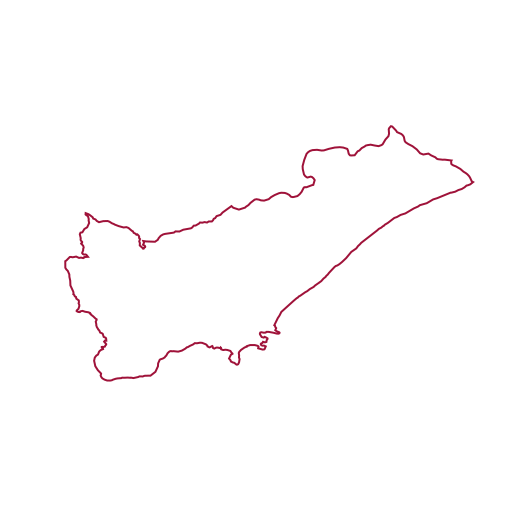 Quepos, Puntarenas, Costa Rica (Equal Earth projection), rotated 291°
{"feature_id": "36466004B16992586441876", "entity_name": "Quepos", "entity_type": "district", "adm_level": 2, "iso_a3": "CRI", "parent_name": "Costa Rica", "parent_adm1": "Puntarenas", "projection": "equal_earth", "projection_center": [-84.055, 9.413], "detail": "fine", "context": "isolated", "style": "outline", "palette": "rose", "viewbox_px": 512, "rotation_deg": 291, "n_neighbors": 0, "source": "geoboundaries", "source_scale": "gbopen_adm2", "svg_char_len": 6085}
<svg xmlns="http://www.w3.org/2000/svg" viewBox="0 0 512 512"><g transform="rotate(291 256 256)"><path d="M415.2,404.2L413.6,397.7L412.8,395.8L411.6,391.2L411.6,389.9L412.4,388.1L412.7,383.5L413.4,380.3L410.7,375.8L410.7,372.4L413.1,367.9L414.6,362.7L415.1,358.0L415.8,354.9L416.8,353.5L419.7,351.7L420.5,351.0L421.4,349.6L422.0,347.9L422.2,343.3L423.3,341.8L425.5,337.2L425.7,336.6L425.5,335.4L423.0,334.5L421.9,334.5L417.8,336.4L415.3,336.7L411.1,335.1L405.7,334.2L404.5,333.4L402.5,331.1L401.7,327.3L401.0,323.1L399.4,320.3L398.4,318.9L397.2,318.2L394.6,316.0L391.5,314.7L390.2,313.4L385.4,312.0L383.9,308.7L383.7,307.5L384.7,305.9L387.4,304.1L388.7,302.8L388.5,298.6L387.6,295.2L385.5,290.7L382.2,285.7L378.9,281.5L378.0,279.5L377.0,274.9L375.1,270.8L373.5,268.8L371.7,267.5L369.5,266.6L363.0,266.6L356.6,267.3L353.9,268.5L349.3,271.6L348.2,273.4L347.7,275.1L347.7,275.9L349.7,278.6L349.8,280.0L349.1,281.9L347.9,283.6L342.9,284.0L342.3,283.0L338.4,278.6L338.0,277.9L337.9,277.1L337.0,276.1L332.3,275.6L329.3,274.6L326.8,273.2L324.5,269.9L324.0,268.7L323.9,267.2L324.9,265.3L325.3,262.4L325.2,260.3L324.1,256.9L322.9,255.0L319.6,251.6L316.4,249.0L313.6,247.5L310.6,243.7L309.7,240.6L309.7,238.7L309.2,236.1L308.1,234.5L303.6,231.8L300.8,230.7L298.3,228.9L297.3,228.5L293.2,223.4L292.9,217.5L293.8,215.2L284.6,209.2L281.7,208.1L279.1,204.9L276.7,204.3L275.6,203.2L274.0,203.1L272.4,202.4L271.3,199.5L269.7,198.3L269.2,195.8L267.9,194.0L267.2,191.7L265.9,191.2L262.8,188.7L262.0,187.0L259.7,186.2L258.5,185.3L254.5,178.7L251.4,175.7L250.1,172.0L248.6,171.1L248.1,170.4L244.0,163.1L242.9,161.6L240.7,159.8L237.7,158.7L235.9,158.5L233.1,156.6L230.3,148.4L229.6,145.4L228.3,146.7L226.0,146.5L225.7,148.5L225.1,149.2L224.5,149.3L223.7,148.6L222.8,148.6L222.4,148.1L222.4,147.7L223.0,147.2L223.1,146.5L224.2,143.7L226.6,142.9L227.7,141.8L230.3,141.6L231.0,140.3L232.0,140.1L232.8,139.4L233.7,137.5L233.0,136.7L233.6,135.7L233.8,133.5L234.9,132.2L235.0,131.1L236.5,126.9L236.5,124.7L235.2,122.2L234.7,117.1L234.7,112.9L234.9,111.8L234.9,109.9L235.5,106.9L235.5,105.0L233.8,100.9L231.3,97.3L231.7,94.7L232.6,93.1L232.6,90.6L233.6,89.7L234.6,86.5L235.0,84.7L235.0,81.6L233.7,82.0L233.4,82.7L233.0,84.5L232.6,85.1L230.6,86.6L229.2,87.0L227.0,88.4L222.3,88.1L219.7,86.1L215.9,85.4L214.9,83.8L213.2,83.7L209.8,86.0L208.6,86.3L207.7,86.9L206.9,88.6L206.1,88.9L205.5,88.4L204.9,88.3L203.7,90.9L202.6,91.8L202.1,92.1L200.6,92.1L199.5,92.6L196.5,92.6L195.8,93.7L195.7,94.6L195.8,95.2L196.3,96.1L196.3,97.2L195.0,99.4L193.5,96.1L193.0,96.2L192.1,95.4L191.8,93.2L190.8,91.5L191.0,88.3L189.1,85.3L188.8,83.5L188.3,82.5L183.9,80.6L182.8,79.8L176.7,82.2L175.6,83.6L174.6,85.7L171.9,88.3L169.6,89.3L166.4,91.4L162.0,93.3L157.2,98.2L155.7,99.1L154.9,99.1L154.4,100.4L153.4,101.3L153.2,102.7L151.8,103.5L151.0,106.5L149.3,107.3L148.3,107.3L147.1,108.5L145.9,109.0L143.1,109.2L141.0,108.2L140.4,108.2L140.1,109.0L140.1,110.3L140.4,111.3L140.6,111.7L141.2,111.7L141.7,112.3L142.6,113.8L142.7,116.4L143.4,119.7L143.4,121.4L143.0,122.0L142.7,121.8L142.1,123.1L141.3,125.7L140.0,128.8L139.8,129.9L139.3,130.1L137.3,129.9L135.0,131.4L134.1,131.7L132.6,132.9L131.2,134.8L130.9,135.0L130.3,136.4L128.7,137.9L128.6,140.2L128.4,140.8L125.9,142.8L125.8,145.0L125.0,145.8L123.3,146.6L122.9,145.3L121.6,144.9L120.1,147.7L119.6,147.9L118.3,147.4L117.3,147.4L116.4,146.2L116.2,145.3L115.8,144.6L115.3,144.8L114.9,146.2L114.3,146.6L112.8,145.0L111.3,144.1L110.3,143.8L107.4,143.8L105.8,142.6L103.4,141.9L100.2,142.4L95.5,145.5L92.7,149.3L90.8,153.4L90.6,153.6L88.7,153.8L87.3,155.3L86.7,156.5L86.3,158.8L86.4,161.6L87.4,164.4L88.3,165.9L89.3,166.8L91.1,169.0L92.1,170.6L93.7,174.0L94.4,174.6L95.4,177.3L96.5,179.7L97.3,182.4L97.6,182.7L98.1,185.3L100.8,189.4L101.8,190.3L103.0,193.5L104.1,194.7L104.6,195.7L106.5,200.4L111.8,203.6L117.9,204.0L120.7,203.1L124.6,203.3L125.3,203.8L126.8,205.7L128.6,207.1L129.9,207.4L130.7,207.9L133.5,208.3L135.3,209.1L136.4,210.0L136.8,210.8L136.9,211.7L137.6,213.1L138.8,217.6L141.1,220.7L144.3,223.3L145.9,224.1L146.5,225.0L148.5,226.6L150.8,228.9L152.7,230.1L153.4,232.2L155.0,234.8L155.6,236.7L155.6,240.8L154.9,242.7L154.2,243.1L154.0,245.1L154.1,245.5L156.3,247.4L156.2,247.7L154.7,248.9L154.6,250.2L156.2,251.7L156.8,253.1L157.1,255.3L157.6,255.8L157.9,255.8L157.7,256.3L156.4,256.9L156.4,258.7L156.6,259.4L157.5,260.9L158.0,262.9L158.2,266.1L156.9,267.9L156.6,268.8L156.3,269.1L154.7,267.9L150.6,267.6L149.5,269.6L148.5,270.4L148.3,272.6L148.5,274.0L147.6,276.7L148.0,277.6L148.6,278.1L150.6,278.3L153.9,277.6L155.1,276.5L157.3,275.8L159.2,274.7L160.5,274.7L163.0,275.7L166.5,278.1L168.1,279.9L168.5,279.7L170.8,282.5L172.4,286.7L172.7,289.1L172.6,290.5L172.4,290.8L170.6,291.1L171.0,295.7L171.7,297.1L172.2,297.4L175.1,297.5L175.2,295.5L174.6,294.2L174.6,293.1L174.8,292.6L175.5,292.0L176.1,292.1L177.2,293.2L178.4,293.3L178.6,295.3L179.5,296.5L181.3,296.1L182.6,296.5L183.2,296.3L183.5,295.0L183.6,293.0L182.6,292.5L182.4,290.3L184.3,287.8L184.7,287.5L186.0,287.4L186.7,288.2L187.2,290.8L187.6,291.8L188.0,292.5L188.9,292.9L189.7,295.0L190.6,299.7L191.0,303.2L191.5,304.8L192.2,305.5L192.8,305.5L193.1,305.1L193.2,302.0L193.6,300.6L195.9,300.7L196.7,299.4L197.7,298.7L197.9,297.9L205.8,298.6L208.9,299.3L212.9,299.7L227.3,307.0L231.2,309.1L232.1,309.9L233.5,310.4L234.7,311.5L239.9,315.0L241.5,316.4L244.4,318.1L247.8,320.9L249.6,321.7L255.9,325.9L259.1,327.1L261.5,328.5L262.6,328.7L264.3,329.6L266.4,330.2L273.8,333.2L275.2,334.0L276.4,335.4L278.3,336.8L281.3,338.5L286.3,340.9L294.0,343.5L299.0,346.9L301.9,347.7L304.1,348.8L306.0,349.5L323.2,359.9L325.4,361.0L327.4,362.8L329.3,363.8L329.8,364.4L331.3,365.0L334.1,367.2L341.1,371.5L342.9,373.6L346.2,376.3L349.3,380.2L357.0,386.3L360.3,389.6L362.2,390.8L366.5,396.5L372.3,401.1L374.9,404.4L384.9,415.0L385.1,415.6L387.4,418.9L390.1,421.3L392.3,424.1L394.9,426.1L397.2,427.3L397.9,428.4L399.6,430.3L402.8,432.2L403.0,430.7L405.7,427.9L406.8,426.5L408.0,424.1L408.6,422.1L409.1,419.4L410.5,415.6L411.3,410.5L411.3,407.7L411.7,405.8L412.1,405.2L414.8,404.1L415.2,404.2Z" fill="none" stroke="#9f1239" stroke-width="2"/></g></svg>